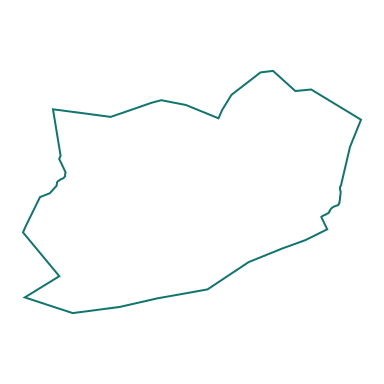 the district of Sharga, Govi-Altay, Mongolia
{"feature_id": "93677404B51253080271810", "entity_name": "Sharga", "entity_type": "district", "adm_level": 2, "iso_a3": "MNG", "parent_name": "Mongolia", "parent_adm1": "Govi-Altay", "projection": "albers", "projection_center": [95.614, 46.486], "detail": "fine", "context": "isolated", "style": "outline", "palette": "teal", "viewbox_px": 384, "rotation_deg": 0, "n_neighbors": 0, "source": "geoboundaries", "source_scale": "gbopen_adm2", "svg_char_len": 1563}
<svg xmlns="http://www.w3.org/2000/svg" viewBox="0 0 384 384"><path d="M53.0,109.3L60.6,155.8L59.2,158.9L65.6,172.4L65.1,174.1L65.1,176.2L63.7,177.9L62.5,178.7L61.1,179.1L57.6,181.5L57.1,182.4L56.9,183.7L56.5,186.0L55.4,187.0L49.9,193.2L40.0,197.1L25.8,226.0L23.0,232.4L59.3,276.2L24.8,297.4L47.6,304.9L72.7,313.1L119.9,306.9L157.1,298.4L207.5,289.4L248.6,262.1L282.2,248.5L305.7,240.0L305.8,239.9L327.2,229.3L321.3,217.0L322.3,216.1L323.2,215.6L324.4,215.2L324.7,215.0L325.0,214.8L325.3,214.7L325.7,214.7L325.9,214.6L326.4,214.1L326.6,213.9L327.1,213.7L327.6,213.6L328.0,213.4L328.3,213.2L328.6,212.9L328.7,212.6L328.8,212.5L329.1,212.3L329.1,212.1L329.4,211.7L329.5,211.3L329.5,211.1L329.8,210.9L329.8,210.6L330.0,210.4L330.2,210.1L330.2,209.9L330.5,209.5L330.6,209.2L332.1,207.7L333.1,207.2L333.6,206.7L334.4,206.4L335.0,206.3L335.8,205.9L336.2,205.7L336.5,205.6L336.9,205.6L337.6,205.4L337.9,205.1L338.2,205.1L338.4,204.7L338.6,204.4L338.7,204.0L338.8,203.9L339.0,203.7L339.0,203.3L339.3,203.2L339.4,202.6L339.5,202.0L339.6,201.4L339.7,200.7L340.0,199.0L340.0,197.6L340.0,196.7L340.3,196.1L340.4,195.6L340.4,195.0L340.4,194.5L340.5,194.3L340.5,193.6L340.6,193.1L340.7,192.5L340.6,191.8L340.6,191.0L340.3,190.5L340.2,189.9L340.1,189.6L340.0,189.2L340.0,188.8L340.0,188.4L340.0,187.8L340.2,186.6L340.6,186.1L340.9,185.7L341.2,185.1L341.2,184.4L350.0,146.9L361.0,119.7L311.2,89.5L295.3,91.0L273.0,70.9L260.5,72.4L231.4,94.9L222.1,110.1L218.5,118.3L185.9,105.0L161.3,100.2L151.8,102.7L110.7,116.9L53.0,109.3Z" fill="none" stroke="#0f766e" stroke-width="2"/></svg>